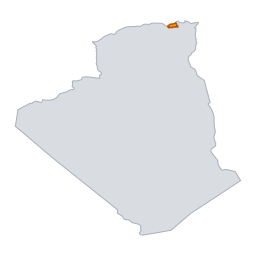 Algeria, with Jijel highlighted
{"feature_id": "DZA-2165", "entity_name": "Jijel", "entity_type": "Province", "adm_level": 1, "iso_a3": "DZA", "parent_name": "Algeria", "parent_adm1": "", "projection": "albers", "projection_center": [5.919, 36.73], "detail": "fine", "context": "in_parent", "style": "filled", "palette": "amber", "viewbox_px": 256, "rotation_deg": 0, "n_neighbors": 0, "source": "natural_earth", "source_scale": "10m", "svg_char_len": 4330}
<svg xmlns="http://www.w3.org/2000/svg" viewBox="0 0 256 256"><path d="M198.0,22.5L198.3,23.1L198.3,23.7L197.4,24.3L196.8,24.6L196.1,26.2L194.8,27.3L194.6,27.6L194.6,27.9L195.5,28.3L195.9,28.8L196.0,29.4L195.7,31.5L195.2,35.4L195.2,36.2L195.6,37.2L195.9,37.9L196.1,38.8L196.0,41.0L196.5,42.2L196.8,43.3L196.0,44.8L195.7,46.1L195.6,47.9L195.5,49.0L195.0,50.1L194.3,51.1L193.6,51.7L192.6,52.3L191.6,53.0L190.7,54.9L188.8,56.5L188.4,57.0L188.2,58.3L188.3,60.0L188.7,61.4L189.6,63.4L190.5,65.6L190.8,66.7L191.1,67.1L192.2,67.8L194.3,68.8L194.6,69.2L195.7,70.7L196.7,73.4L197.0,75.3L200.7,78.0L204.2,80.3L204.4,80.7L206.5,89.0L207.3,91.9L210.1,102.5L209.1,103.2L208.0,104.0L208.9,105.4L210.6,107.7L211.6,109.6L212.0,110.4L212.9,112.7L213.6,115.0L213.8,115.7L214.1,117.4L214.0,122.3L214.7,128.4L215.4,131.5L214.6,134.3L213.9,136.9L214.0,138.2L214.5,140.3L215.0,141.8L215.7,142.6L215.7,145.2L215.4,146.1L213.6,147.5L211.5,148.8L211.0,149.9L210.9,151.1L211.2,152.0L217.6,160.4L217.8,161.3L218.0,163.7L219.2,166.8L220.3,168.1L220.8,169.0L221.6,169.7L222.4,170.2L222.9,170.3L225.6,169.3L230.4,170.4L234.9,171.6L235.3,171.8L238.1,176.4L240.6,180.6L190.6,213.5L185.0,218.3L171.6,229.8L170.5,230.3L152.6,233.5L143.2,235.0L142.8,235.1L142.2,235.1L141.8,235.1L141.1,234.8L140.1,234.1L139.5,233.7L139.3,233.1L139.7,232.4L140.2,231.8L140.4,231.3L140.7,230.9L141.2,230.6L141.2,230.2L140.9,229.4L140.6,228.4L140.7,226.6L140.7,225.8L139.9,225.1L138.3,224.2L136.8,223.7L136.1,223.6L134.5,223.2L132.3,222.7L131.5,222.3L130.1,220.5L129.4,220.1L126.0,219.7L124.9,219.3L124.0,218.9L123.2,218.3L122.8,217.4L122.7,216.6L122.4,216.2L118.8,214.2L117.9,213.5L117.4,212.9L117.4,212.1L117.6,211.0L117.5,210.1L117.3,209.6L56.8,161.3L53.7,158.7L46.6,152.8L15.4,126.3L17.8,110.6L17.9,109.8L18.2,109.5L19.3,109.1L21.2,108.0L21.9,107.5L22.8,107.0L25.9,105.7L26.5,105.2L29.5,103.6L30.2,103.4L31.7,103.4L32.3,103.1L33.2,102.3L34.6,101.6L35.4,101.2L35.6,101.2L36.1,101.2L38.6,101.8L39.6,102.1L40.8,102.5L41.2,102.4L41.6,102.2L42.2,101.6L42.4,100.8L42.5,100.1L42.6,99.8L42.8,99.7L43.4,99.8L44.1,100.0L45.6,100.2L46.1,100.2L47.8,100.2L50.2,100.1L53.7,99.4L55.5,98.4L56.8,97.3L58.3,95.5L59.4,94.0L61.5,93.2L63.2,92.7L64.2,92.6L66.4,92.0L70.2,89.8L73.1,89.7L73.5,89.5L74.0,89.1L74.1,88.3L73.6,87.8L73.1,87.4L72.7,87.0L72.3,86.9L72.1,86.6L72.3,85.9L72.4,85.3L72.7,84.7L72.7,83.7L72.4,82.8L72.4,82.2L72.4,81.5L72.7,81.0L73.3,80.8L74.0,80.7L75.0,81.0L76.7,80.9L81.2,79.8L81.5,79.3L81.9,78.3L82.3,77.4L82.7,77.1L83.0,77.1L86.5,76.8L87.3,76.8L93.7,77.6L99.2,78.3L99.7,78.1L99.7,77.4L99.5,76.1L99.7,75.3L100.6,74.6L101.6,73.9L101.2,72.8L100.5,72.1L99.5,71.2L98.9,70.9L98.0,69.8L97.5,68.7L97.3,66.3L96.6,64.9L96.2,63.2L96.9,60.3L96.4,58.5L96.3,57.7L96.4,56.8L96.7,55.2L96.8,53.0L96.1,50.6L96.6,49.9L96.8,49.5L96.7,49.1L96.0,48.3L95.8,47.7L96.0,47.2L96.4,46.4L96.4,46.0L95.3,44.9L93.3,43.1L92.8,42.4L92.6,41.5L94.6,41.9L95.6,41.8L98.0,41.0L100.0,39.7L101.5,39.0L102.9,37.6L104.1,36.7L105.9,35.7L110.8,33.7L111.5,33.7L113.1,34.4L114.5,34.3L115.4,33.5L116.6,31.7L118.2,30.6L120.2,29.5L122.9,28.5L124.7,27.5L127.5,26.8L134.5,26.5L138.1,26.1L140.5,26.3L143.0,24.7L144.2,24.2L149.5,24.3L152.0,23.1L161.4,23.3L162.5,23.7L163.6,24.3L165.6,25.9L166.5,26.3L167.8,26.0L170.7,24.5L173.9,23.7L175.7,22.8L176.4,21.5L178.0,21.0L178.8,22.0L182.2,23.0L184.3,22.7L185.2,22.4L184.8,20.9L187.0,21.3L188.7,21.9L190.5,23.3L191.7,23.6L193.7,22.9L198.0,22.5Z" fill="#d9dde1" stroke="#a8b0b8" stroke-width="1"/><path d="M167.8,26.1L168.1,26.1L168.3,25.9L168.8,25.7L169.0,25.6L169.1,25.1L169.2,24.9L169.4,24.8L169.6,24.7L170.0,24.6L170.5,24.2L171.0,24.1L171.6,24.2L172.0,24.2L173.7,23.8L175.2,23.3L175.6,23.0L175.7,22.9L175.9,23.1L175.9,23.3L175.9,23.5L176.1,23.7L176.3,23.8L176.5,23.9L176.6,24.0L176.6,24.3L176.6,24.7L176.7,24.9L176.8,25.2L177.3,25.7L177.8,26.0L177.7,26.6L177.7,27.1L176.5,26.9L176.4,26.8L176.3,26.6L176.2,26.6L175.9,26.7L175.7,26.8L175.5,27.0L175.4,27.1L175.2,27.1L174.9,27.1L174.5,27.0L174.0,26.9L173.7,26.8L173.3,26.8L173.0,27.0L172.8,27.1L172.7,27.2L172.7,27.4L172.6,27.5L172.4,27.5L172.0,27.6L171.8,27.6L171.6,27.5L171.4,27.4L171.1,27.3L170.8,27.4L170.2,27.6L169.9,27.6L169.7,27.4L169.4,27.5L169.2,27.7L169.1,27.8L168.9,27.8L168.7,27.7L168.5,27.4L168.5,27.1L168.2,27.0L168.1,26.9L167.8,26.8L167.8,26.7L167.8,26.2L167.8,26.1Z" fill="#f59e0b" stroke="#b45309" stroke-width="1.5"/></svg>